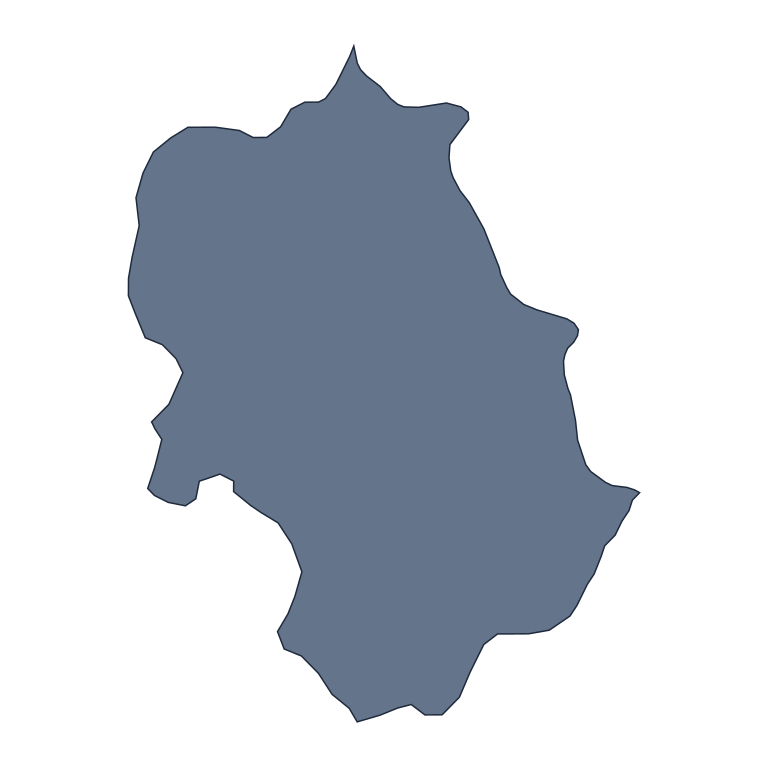 the district of Hwaphyong, Chagang-do, North Korea
{"feature_id": "82179303B2578505364646", "entity_name": "Hwaphyong", "entity_type": "district", "adm_level": 2, "iso_a3": "PRK", "parent_name": "North Korea", "parent_adm1": "Chagang-do", "projection": "robinson", "projection_center": [126.952, 41.219], "detail": "fine", "context": "isolated", "style": "filled", "palette": "slate", "viewbox_px": 768, "rotation_deg": 0, "n_neighbors": 0, "source": "geoboundaries", "source_scale": "gbopen_adm2", "svg_char_len": 1634}
<svg xmlns="http://www.w3.org/2000/svg" viewBox="0 0 768 768"><path d="M159.9,343.7L162.4,344.7L176.1,358.7L182.9,372.7L168.9,404.3L151.6,421.9L155.0,428.9L161.8,439.4L158.3,453.4L154.7,467.4L147.7,488.5L154.5,495.5L168.2,502.4L185.4,505.8L195.8,498.8L199.3,481.2L220.0,474.1L233.7,481.1L233.6,491.6L250.7,505.5L261.0,512.5L278.1,522.9L291.8,543.9L301.9,571.8L294.9,596.4L287.9,614.0L277.5,631.6L284.2,649.0L301.4,656.0L318.5,673.4L332.1,694.4L349.2,708.3L357.2,721.9L380.2,715.1L397.4,708.1L411.2,704.5L424.9,714.9L442.1,714.8L459.4,697.2L469.9,672.6L476.8,658.6L483.8,644.5L497.6,633.9L511.4,633.9L528.6,633.8L549.2,630.2L570.0,616.0L576.9,605.5L587.3,584.4L594.2,573.9L601.2,556.3L604.7,545.8L615.1,535.2L622.0,521.1L629.0,510.6L632.4,500.1L639.6,492.7L634.6,489.9L626.9,487.4L612.3,485.6L605.5,482.4L590.8,471.6L585.8,464.8L577.6,440.1L575.5,420.4L570.5,394.9L567.9,388.4L564.3,374.8L563.5,361.2L564.9,354.7L567.6,348.3L573.7,342.2L577.5,335.7L578.4,329.6L574.0,323.2L566.9,318.9L537.0,309.9L523.8,304.5L510.6,294.1L506.8,287.7L500.7,274.4L499.2,267.6L483.9,228.9L469.3,202.7L459.9,190.5L453.1,177.6L450.8,171.1L449.0,157.9L449.9,144.6L468.7,119.5L468.1,112.3L461.0,106.9L446.4,103.0L418.8,107.3L403.9,106.9L397.7,104.4L390.7,98.7L380.2,86.5L366.7,76.1L360.5,69.6L357.3,63.2L353.8,46.1L349.7,56.4L342.8,70.4L335.8,84.5L325.4,98.6L318.5,102.1L304.8,102.2L291.0,109.2L280.6,126.8L266.8,137.4L253.1,137.5L239.4,130.5L215.4,127.2L187.9,127.3L170.7,137.9L153.4,152.0L143.0,173.1L136.0,197.7L139.2,225.7L132.1,257.3L128.5,278.3L128.4,295.8L135.2,313.3L145.3,337.8L159.9,343.7Z" fill="#64748b" stroke="#1e293b" stroke-width="1.5"/></svg>